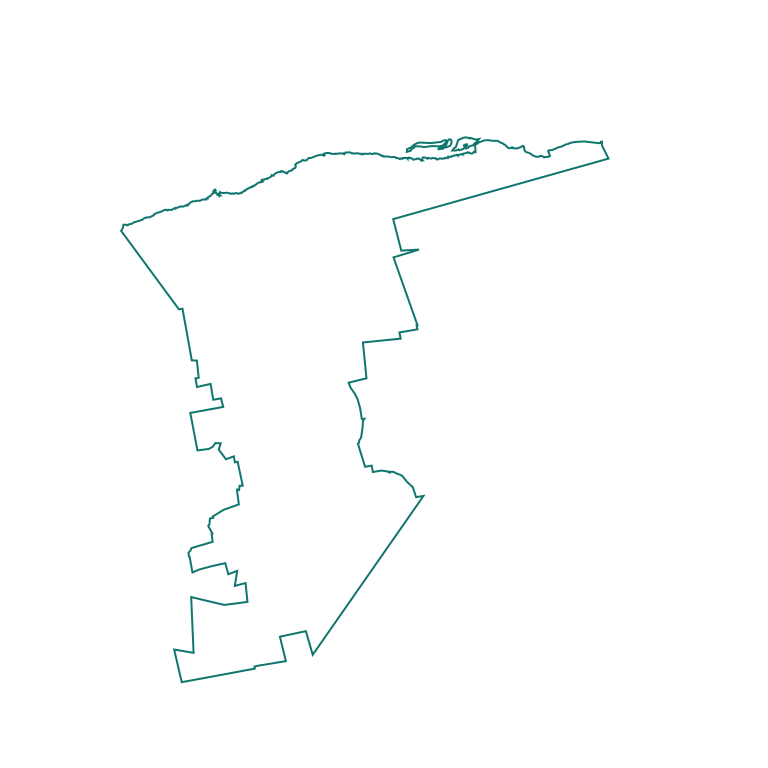 Calkiní, Campeche, Mexico, rotated 73°
{"feature_id": "50627088B85126992940446", "entity_name": "Calkiní", "entity_type": "district", "adm_level": 2, "iso_a3": "MEX", "parent_name": "Mexico", "parent_adm1": "Campeche", "projection": "albers", "projection_center": [-90.434, 20.481], "detail": "fine", "context": "isolated", "style": "outline", "palette": "teal", "viewbox_px": 768, "rotation_deg": 73, "n_neighbors": 0, "source": "geoboundaries", "source_scale": "gbopen_adm2", "svg_char_len": 6169}
<svg xmlns="http://www.w3.org/2000/svg" viewBox="0 0 768 768"><g transform="rotate(73 384 384)"><path d="M229.0,327.0L234.1,103.4L219.5,105.8L216.1,104.6L215.8,105.8L216.8,106.2L216.6,107.9L210.6,121.6L208.3,131.0L207.9,136.2L208.3,137.3L208.1,140.8L208.8,143.8L208.7,149.1L209.2,151.8L209.3,155.4L208.8,158.4L209.0,158.8L209.8,158.9L214.5,158.6L214.8,160.4L214.1,162.9L214.1,164.6L213.6,164.6L211.9,166.9L211.6,168.5L212.0,169.5L211.0,172.4L208.8,175.0L206.1,176.9L203.6,180.4L202.0,181.3L198.1,180.8L197.2,181.1L197.2,182.0L196.9,182.1L197.5,184.4L197.6,188.1L196.9,190.3L195.7,191.6L196.2,191.6L195.4,193.0L195.2,195.3L194.1,196.6L190.4,198.4L190.2,199.1L188.1,200.5L187.2,202.1L184.7,204.2L183.1,209.2L181.1,213.6L180.3,217.2L180.7,220.6L180.5,222.1L181.5,224.3L181.6,227.5L182.2,227.0L189.1,228.7L188.3,230.2L188.8,230.4L189.4,232.3L188.7,234.1L187.5,235.0L187.6,235.4L186.8,236.6L187.2,237.0L186.9,241.5L187.3,241.5L187.0,241.8L187.2,243.1L186.7,244.1L186.8,245.7L186.3,247.0L186.7,247.0L186.2,247.4L186.5,248.4L185.9,250.2L186.2,251.5L185.9,252.8L186.4,253.7L185.6,255.4L186.5,256.6L185.9,256.7L186.3,257.1L185.8,258.3L185.7,259.6L186.1,259.9L185.7,260.6L185.6,262.8L184.5,264.4L185.0,267.2L184.6,267.9L184.1,267.7L183.3,268.3L183.5,268.6L182.1,271.3L182.3,272.9L180.8,275.4L180.7,276.3L181.2,276.6L179.6,278.2L178.9,279.9L178.9,281.0L180.4,281.9L181.2,281.6L180.9,282.2L181.5,282.7L178.7,284.7L178.9,285.0L178.0,286.5L178.4,287.6L178.0,289.4L178.2,290.2L175.8,292.1L175.8,293.0L174.8,293.9L175.2,294.3L174.7,295.6L175.2,295.7L174.7,295.9L173.8,297.8L174.0,298.3L173.4,300.0L174.0,300.6L173.0,302.5L173.5,303.1L171.6,305.4L171.6,306.3L170.5,306.8L169.9,307.7L169.3,310.7L167.8,313.1L166.5,317.3L165.7,318.2L166.0,318.6L164.6,319.5L164.7,319.9L162.3,322.3L161.3,323.9L161.2,325.1L160.5,325.6L160.8,327.8L159.3,330.2L159.4,331.1L158.7,333.9L157.9,335.6L158.3,337.0L157.2,337.9L157.6,338.5L155.7,341.6L154.7,346.0L154.2,346.3L154.0,347.4L152.5,348.8L151.4,353.4L152.6,354.7L151.8,355.2L152.1,355.5L150.9,357.4L150.3,359.8L150.3,361.3L149.5,362.6L149.7,363.6L148.3,367.3L147.3,368.5L146.3,371.2L146.2,373.9L146.5,374.6L147.1,374.9L147.4,374.0L148.8,373.9L147.5,374.4L147.8,375.2L146.8,376.0L146.2,377.9L146.0,381.6L146.5,387.5L145.9,390.0L146.1,390.7L147.0,391.5L147.3,393.0L147.0,395.1L146.0,396.1L146.0,396.8L146.8,397.9L147.4,403.3L148.6,404.9L149.2,404.6L150.6,405.0L151.4,405.9L151.9,408.7L152.7,409.4L152.8,413.2L154.1,414.8L153.6,415.0L153.8,416.0L153.4,416.5L152.9,416.6L151.4,418.3L151.6,418.9L150.3,419.6L150.6,421.3L151.0,421.4L150.4,423.5L151.2,427.3L152.5,428.8L152.0,429.6L152.3,429.5L152.1,430.6L153.1,432.6L153.3,435.7L153.7,435.7L153.3,437.4L153.6,438.9L153.2,439.6L153.1,441.4L153.6,441.6L155.0,440.8L155.1,441.9L154.5,442.3L155.0,443.3L154.7,445.2L156.3,449.6L156.2,451.1L156.4,451.7L156.8,451.5L156.8,452.4L157.1,452.7L156.7,454.1L157.3,455.4L157.1,456.2L158.1,460.2L158.5,460.1L158.7,462.4L159.6,463.9L159.2,464.8L159.6,465.3L159.3,466.6L159.6,467.6L158.3,469.3L158.0,470.8L158.3,471.9L157.5,472.9L157.6,474.2L156.8,475.0L156.9,475.6L155.1,478.3L154.7,480.8L153.4,484.4L152.5,484.7L153.7,486.2L154.6,486.1L155.6,485.5L155.5,485.8L156.2,486.5L154.4,487.1L153.8,487.6L154.1,488.0L152.8,488.2L151.9,488.9L151.5,490.0L150.3,489.9L150.6,490.4L150.2,491.0L151.7,491.1L151.8,491.8L151.5,491.8L153.5,495.2L154.1,498.0L155.2,498.3L154.8,499.8L155.2,500.0L154.9,500.2L155.3,501.7L154.5,503.3L155.0,506.7L154.2,508.2L154.1,511.0L153.4,513.6L153.8,516.0L154.7,518.2L155.3,518.4L155.4,518.6L155.1,518.5L155.1,518.9L155.2,521.5L156.3,522.2L155.4,521.9L155.6,524.9L155.0,525.6L154.7,528.0L155.1,530.1L154.7,532.0L155.3,532.3L154.8,532.8L154.8,534.0L155.5,535.8L154.4,539.4L154.8,540.2L153.7,541.2L153.4,543.3L154.1,547.1L154.0,551.0L154.4,553.5L154.6,554.5L155.3,554.8L156.1,559.5L155.2,562.3L155.5,563.0L155.3,564.1L155.8,566.3L156.3,567.1L156.3,575.9L157.0,578.2L156.7,580.9L157.3,583.0L156.4,583.6L155.5,586.6L158.2,587.9L160.7,590.6L252.6,558.3L253.1,554.7L305.2,560.9L306.9,556.1L323.9,559.4L323.5,562.6L332.2,563.7L333.2,549.8L349.1,551.9L350.1,544.0L358.9,544.5L355.0,577.7L393.0,581.8L394.9,570.3L393.9,566.0L391.2,562.6L393.0,557.5L398.4,561.2L409.7,557.2L409.3,548.7L415.3,549.5L415.6,546.7L439.9,548.8L439.1,551.8L443.0,553.6L441.9,555.2L442.1,555.6L456.7,558.0L457.4,574.1L460.7,586.6L462.1,586.5L461.7,589.8L467.3,592.0L468.4,593.6L476.8,591.8L476.8,592.6L484.8,594.0L484.6,616.1L486.5,617.5L488.1,620.2L492.0,621.0L492.5,620.4L508.2,622.3L507.4,614.8L507.8,602.7L508.9,588.2L520.4,588.5L519.8,579.0L533.4,585.7L533.9,574.6L552.5,578.3L548.6,601.3L531.4,630.7L585.4,644.7L576.6,662.3L610.0,664.6L618.4,590.8L616.4,590.5L616.5,587.4L620.3,558.9L595.2,557.4L597.5,531.0L622.1,531.3L502.6,379.0L501.6,386.4L491.1,386.6L484.3,390.6L477.3,393.4L475.8,394.8L472.3,399.3L471.3,399.9L469.9,402.8L469.8,403.9L470.5,404.2L469.7,405.4L469.2,405.1L466.1,411.6L464.9,420.4L458.5,419.6L457.6,426.3L433.5,426.4L433.1,425.4L430.5,423.9L428.6,421.6L420.6,417.7L413.2,414.9L411.5,412.8L410.9,415.4L399.9,413.9L390.8,413.7L384.5,414.8L378.0,417.0L372.4,417.5L373.4,399.1L338.1,392.0L345.5,354.8L339.2,354.2L341.5,336.1L337.5,335.7L337.7,334.8L265.7,337.9L265.7,311.2L261.5,328.5L229.0,327.0ZM181.5,232.1L181.9,228.7L180.7,227.7L179.8,225.0L177.5,221.5L177.2,224.6L173.8,229.6L174.3,230.1L172.5,232.6L171.7,235.3L172.4,241.7L178.2,245.8L179.1,248.3L180.7,250.4L181.7,247.2L181.5,244.1L182.5,243.5L182.4,239.6L181.6,237.7L180.5,237.3L179.5,238.0L179.0,237.5L178.8,236.2L179.0,234.6L180.2,234.6L180.7,235.9L181.9,237.0L182.8,236.7L182.6,234.5L181.5,232.1ZM169.1,276.7L170.5,268.5L172.8,262.0L173.1,259.3L173.1,258.1L171.7,255.2L169.6,252.6L168.6,254.6L168.6,256.8L169.2,258.6L167.3,268.8L163.5,279.2L163.4,282.2L164.1,285.6L165.7,288.8L166.2,293.3L168.7,294.3L168.7,290.2L167.4,289.1L167.1,286.9L166.0,284.9L166.0,283.9L167.7,279.1L169.1,276.7ZM175.4,263.2L176.2,259.4L175.6,256.2L176.0,254.7L175.4,250.7L172.2,248.5L169.8,248.5L169.1,250.3L170.7,252.5L173.5,254.5L174.4,256.8L175.0,260.0L174.8,263.0L175.6,263.9L175.4,263.2ZM149.9,490.0L150.6,489.4L150.5,488.9L149.8,488.3L148.7,488.6L148.7,489.4L149.9,490.0Z" fill="none" stroke="#0f766e" stroke-width="2"/></g></svg>